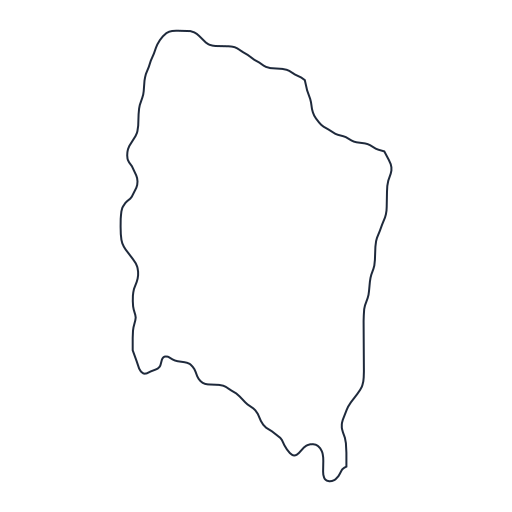 outline of Laguna Salada, Valverde, Dominican Republic
{"feature_id": "3306468B11652899938830", "entity_name": "Laguna Salada", "entity_type": "district", "adm_level": 2, "iso_a3": "DOM", "parent_name": "Dominican Republic", "parent_adm1": "Valverde", "projection": "equal_earth", "projection_center": [-71.094, 19.659], "detail": "fine", "context": "isolated", "style": "outline", "palette": "slate", "viewbox_px": 512, "rotation_deg": 0, "n_neighbors": 0, "source": "geoboundaries", "source_scale": "gbopen_adm2", "svg_char_len": 3274}
<svg xmlns="http://www.w3.org/2000/svg" viewBox="0 0 512 512"><path d="M132.7,350.3L136.6,361.1L139.1,368.5L140.5,370.9L141.3,371.9L143.3,373.4L144.5,373.7L146.7,373.4L150.8,371.4L155.5,369.6L157.7,368.6L159.5,366.9L160.2,365.8L160.6,364.6L161.9,359.7L162.4,358.6L163.1,357.6L164.0,356.9L165.1,356.5L167.4,356.6L168.4,356.9L172.5,359.4L174.9,360.5L177.5,361.2L184.4,362.2L187.1,362.8L189.7,363.9L190.8,364.8L192.7,366.8L194.4,369.2L195.6,371.9L197.2,376.2L198.6,378.8L200.4,381.0L202.6,382.8L205.1,383.9L207.9,384.4L219.1,384.9L223.2,385.7L225.7,386.8L231.3,390.5L236.2,393.4L239.7,396.5L245.2,402.3L247.5,404.4L253.3,408.4L255.3,410.3L257.8,413.9L260.9,421.0L263.2,424.7L266.1,427.7L271.9,431.3L280.3,437.9L281.9,440.0L284.4,445.3L286.9,449.4L289.8,453.0L291.9,454.7L293.1,455.3L294.4,455.5L295.7,455.2L296.8,454.7L298.9,453.0L303.9,447.5L306.3,445.7L307.6,445.1L310.2,444.3L313.0,444.2L315.7,444.7L317.0,445.4L318.2,446.2L320.2,448.3L321.7,451.0L322.3,452.5L322.7,454.1L323.2,457.6L323.3,461.1L323.1,471.5L323.3,474.7L324.1,477.6L324.8,479.0L325.9,480.0L327.0,480.7L329.5,481.3L332.0,481.0L334.5,480.0L335.6,479.2L338.4,476.2L339.8,473.8L341.7,470.2L342.4,469.2L344.3,467.7L346.4,466.6L346.4,452.8L345.9,443.2L344.9,437.8L342.9,432.2L342.1,429.3L341.8,427.7L341.8,424.4L342.0,422.8L342.8,419.8L346.7,409.8L348.1,406.7L350.9,402.3L357.2,394.1L360.1,389.9L361.8,386.8L362.4,385.1L363.3,381.4L363.7,377.5L363.9,371.6L363.6,321.0L363.8,315.0L364.2,309.1L365.0,305.4L367.6,298.2L368.5,294.9L369.0,291.2L369.9,281.7L370.5,277.9L371.3,274.7L373.4,268.9L374.3,265.6L374.9,260.0L375.4,246.7L376.1,241.1L377.0,237.8L379.9,230.7L382.1,224.6L385.0,217.5L385.9,214.3L386.5,210.6L386.7,206.9L387.0,191.5L387.3,185.9L388.3,180.6L390.7,173.7L391.4,170.6L391.4,167.3L390.7,164.1L388.8,159.9L384.3,151.4L378.4,149.7L375.8,148.7L370.1,145.2L367.6,144.1L364.9,143.4L356.6,142.3L353.9,141.6L351.5,140.5L345.8,137.1L343.2,136.2L337.9,134.8L335.3,133.8L328.5,129.5L323.6,126.7L321.2,124.8L319.0,122.4L316.0,118.5L314.2,115.6L312.9,112.4L312.0,109.1L311.0,102.3L310.2,99.0L307.1,90.3L304.8,80.1L301.2,77.5L294.9,74.5L289.3,70.9L286.7,69.8L282.3,68.9L270.3,68.1L266.0,66.9L263.6,65.6L259.2,62.5L254.3,59.8L247.7,54.9L242.9,52.1L237.3,48.4L234.7,47.2L231.9,46.6L228.9,46.3L215.4,46.0L212.5,45.6L209.6,44.8L208.3,44.2L205.8,42.5L199.1,35.9L196.8,33.9L194.3,32.4L190.4,31.1L176.6,30.7L172.1,31.0L169.2,31.7L166.4,33.1L162.9,36.3L159.9,40.1L157.3,44.5L156.0,47.6L153.9,53.6L150.8,60.7L148.8,66.9L145.9,74.0L145.1,77.2L144.5,80.6L143.7,91.2L143.2,94.6L142.3,97.7L139.8,105.0L139.1,108.6L138.6,114.2L138.2,125.7L137.4,131.2L136.9,133.0L135.5,136.1L129.4,145.8L128.1,148.9L127.7,150.5L127.4,152.2L127.2,155.4L127.5,158.6L127.9,160.0L129.1,162.4L131.9,166.2L136.2,175.3L137.1,178.1L137.5,181.5L137.2,184.9L136.3,187.8L131.8,196.7L130.2,198.7L127.2,201.1L125.4,202.9L123.0,206.5L122.3,207.9L121.4,211.4L121.0,215.0L120.7,218.8L120.6,226.5L120.8,234.1L121.4,239.7L122.3,243.3L123.8,246.6L125.6,249.5L132.9,259.1L135.8,263.4L137.2,266.7L137.6,268.4L138.1,271.8L138.1,275.3L137.6,278.7L136.7,281.9L134.0,288.9L133.3,292.3L132.9,295.7L132.8,301.1L133.1,306.3L133.7,309.5L135.3,315.0L135.7,317.6L135.3,320.3L133.5,327.3L133.0,330.7L132.7,337.9L132.7,350.3Z" fill="none" stroke="#1e293b" stroke-width="2"/></svg>